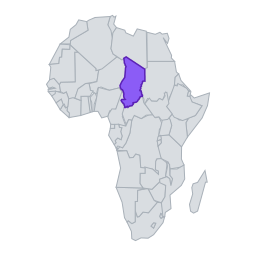 location of Chad within Africa
{"feature_id": "TCD", "entity_name": "Chad", "entity_type": "country or territory", "adm_level": 0, "iso_a3": "TCD", "parent_name": "Africa", "parent_adm1": "", "projection": "equal_earth", "projection_center": [18.978, 15.46], "detail": "fine", "context": "in_parent", "style": "filled", "palette": "violet", "viewbox_px": 256, "rotation_deg": 0, "n_neighbors": 49, "source": "natural_earth", "source_scale": "50m", "svg_char_len": 12619}
<svg xmlns="http://www.w3.org/2000/svg" viewBox="0 0 256 256"><path d="M169.0,134.8L181.6,146.8L181.4,159.1L184.0,165.0L182.0,166.9L170.2,168.9L168.3,162.1L161.2,158.6L158.6,152.8L158.0,146.2L161.4,142.6L160.6,135.4L169.0,134.8Z" fill="#d9dde1" stroke="#a8b0b8" stroke-width="1"/><path d="M70.2,44.8L69.8,49.4L62.3,49.2L61.7,57.1L59.5,57.4L58.9,63.5L49.2,64.5L60.2,43.9L70.2,44.8Z" fill="#d9dde1" stroke="#a8b0b8" stroke-width="1"/><path d="M158.0,146.2L161.2,158.6L156.4,159.2L155.4,169.7L158.4,171.0L158.5,174.4L152.6,169.1L140.7,167.5L139.7,155.3L135.8,154.1L133.2,157.5L129.5,157.8L126.7,150.7L116.8,150.4L120.2,146.3L122.5,147.8L125.9,143.1L129.9,133.1L132.0,118.1L134.3,115.4L141.3,118.6L149.1,114.7L153.2,114.7L155.8,117.8L158.9,116.8L162.4,124.5L159.3,129.8L158.0,146.2Z" fill="#d9dde1" stroke="#a8b0b8" stroke-width="1"/><path d="M187.4,137.1L185.9,122.7L188.7,118.0L195.4,115.5L202.0,105.8L192.1,102.0L189.3,97.6L190.6,94.7L194.2,98.0L209.5,92.9L207.5,105.6L202.1,118.0L187.4,137.1Z" fill="#d9dde1" stroke="#a8b0b8" stroke-width="1"/><path d="M181.6,146.8L169.0,134.8L171.7,125.5L169.2,117.9L172.2,113.9L179.1,120.0L188.0,119.0L185.9,122.7L187.4,137.1L181.6,146.8Z" fill="#d9dde1" stroke="#a8b0b8" stroke-width="1"/><path d="M146.5,105.1L144.6,103.7L143.8,102.8L144.0,99.1L140.1,91.1L142.6,81.2L144.7,81.5L144.5,67.6L147.1,67.6L147.1,61.4L174.6,61.4L176.4,72.0L178.7,73.9L175.2,77.2L174.1,88.0L169.5,97.4L168.9,103.6L165.8,92.2L162.6,100.0L159.4,98.5L156.9,101.3L151.6,101.1L147.6,98.5L144.8,103.8L146.5,105.1Z" fill="#d9dde1" stroke="#a8b0b8" stroke-width="1"/><path d="M127.1,222.2L128.2,220.7L131.9,223.6L135.2,221.8L135.2,210.6L137.4,216.9L139.1,216.6L143.0,212.1L148.4,212.8L157.3,202.3L161.4,202.8L162.9,209.3L162.5,213.9L160.7,213.5L159.8,216.6L161.1,218.3L164.7,216.6L163.0,222.7L153.6,234.7L148.1,238.2L141.0,237.9L135.5,240.6L131.8,238.7L131.4,231.4L127.1,222.2ZM155.7,223.3L153.6,223.0L151.1,226.1L153.6,228.1L155.7,223.3Z" fill="#d9dde1" stroke="#a8b0b8" stroke-width="1"/><path d="M155.7,223.3L153.6,228.1L151.1,226.1L153.6,223.0L155.7,223.3Z" fill="#d9dde1" stroke="#a8b0b8" stroke-width="1"/><path d="M161.4,202.8L154.1,200.4L147.9,188.6L152.0,189.3L159.8,181.6L165.7,185.4L165.0,196.7L161.4,202.8Z" fill="#d9dde1" stroke="#a8b0b8" stroke-width="1"/><path d="M157.3,202.3L148.4,212.8L143.0,212.1L139.1,216.6L137.4,216.9L135.2,210.6L135.2,201.5L137.5,201.4L137.6,190.3L147.9,188.6L154.1,200.4L157.3,202.3Z" fill="#d9dde1" stroke="#a8b0b8" stroke-width="1"/><path d="M135.2,201.5L135.2,221.8L131.9,223.6L128.2,220.7L127.1,222.2L124.5,217.7L122.1,202.3L116.1,187.3L147.4,188.1L137.6,190.3L137.5,201.4L135.2,201.5Z" fill="#d9dde1" stroke="#a8b0b8" stroke-width="1"/><path d="M48.4,87.9L46.5,84.3L50.4,78.8L54.0,78.3L59.4,84.6L60.6,91.6L48.3,91.7L48.1,89.3L55.2,88.2L48.4,87.9Z" fill="#d9dde1" stroke="#a8b0b8" stroke-width="1"/><path d="M60.6,91.6L59.4,84.6L60.7,82.2L75.2,81.8L74.7,52.2L78.2,52.2L96.1,68.6L96.1,70.6L98.7,70.3L96.9,81.6L85.7,83.5L78.6,88.3L74.9,98.2L68.7,98.7L66.3,92.0L63.7,93.5L60.6,91.6Z" fill="#d9dde1" stroke="#a8b0b8" stroke-width="1"/><path d="M49.2,64.5L58.9,63.5L59.5,57.4L61.7,57.1L62.3,49.2L69.8,49.4L70.2,44.8L78.2,52.2L74.7,52.2L75.2,81.8L60.7,82.2L59.4,84.6L54.0,78.3L49.5,79.8L50.8,67.3L49.2,64.5Z" fill="#d9dde1" stroke="#a8b0b8" stroke-width="1"/><path d="M94.1,111.4L92.1,111.8L91.7,102.2L89.7,97.9L94.7,92.2L96.9,97.0L94.2,104.2L94.1,111.4Z" fill="#d9dde1" stroke="#a8b0b8" stroke-width="1"/><path d="M123.5,58.7L125.9,66.4L124.3,78.2L120.2,85.4L122.7,88.7L121.7,91.4L119.1,87.9L109.4,90.3L101.0,87.0L97.8,88.1L96.5,94.1L90.4,90.3L89.1,83.6L96.9,81.6L98.7,70.3L117.0,56.8L121.9,59.8L123.5,58.7Z" fill="#d9dde1" stroke="#a8b0b8" stroke-width="1"/><path d="M94.1,111.4L98.5,87.4L109.4,90.3L119.1,87.9L122.6,92.7L115.8,109.1L109.7,110.8L107.9,116.2L101.7,117.9L98.0,111.4L94.1,111.4Z" fill="#d9dde1" stroke="#a8b0b8" stroke-width="1"/><path d="M122.4,90.2L124.7,99.4L121.1,100.8L124.6,106.8L122.3,116.4L125.8,126.1L110.7,124.3L107.9,117.1L108.6,114.0L111.9,108.9L115.8,109.1L122.4,90.2Z" fill="#d9dde1" stroke="#a8b0b8" stroke-width="1"/><path d="M90.0,96.2L92.1,111.8L90.1,112.5L87.7,97.1L90.0,96.2Z" fill="#d9dde1" stroke="#a8b0b8" stroke-width="1"/><path d="M87.9,96.1L90.1,112.5L80.7,115.5L80.9,96.3L87.9,96.1Z" fill="#d9dde1" stroke="#a8b0b8" stroke-width="1"/><path d="M68.7,98.7L73.0,97.7L81.0,100.5L80.7,115.5L69.0,117.6L69.4,113.2L67.0,110.8L68.7,98.7Z" fill="#d9dde1" stroke="#a8b0b8" stroke-width="1"/><path d="M55.4,91.1L63.7,93.5L66.3,92.0L68.7,98.7L67.8,106.8L65.6,108.0L64.4,104.1L62.6,104.7L61.3,99.2L56.1,102.9L51.8,96.0L55.4,91.1Z" fill="#d9dde1" stroke="#a8b0b8" stroke-width="1"/><path d="M48.3,91.7L55.4,91.1L55.2,93.6L51.8,96.0L48.3,91.7Z" fill="#d9dde1" stroke="#a8b0b8" stroke-width="1"/><path d="M67.5,106.8L67.0,110.8L69.4,113.2L69.0,117.6L60.2,109.7L63.2,104.5L65.6,108.0L67.5,106.8Z" fill="#d9dde1" stroke="#a8b0b8" stroke-width="1"/><path d="M56.1,102.9L61.3,99.2L63.2,104.5L60.2,109.7L56.1,102.9Z" fill="#d9dde1" stroke="#a8b0b8" stroke-width="1"/><path d="M74.9,98.2L77.9,89.0L85.7,83.5L89.1,83.6L90.4,90.3L93.2,91.0L90.0,96.2L80.9,96.3L81.0,100.5L74.9,98.2Z" fill="#d9dde1" stroke="#a8b0b8" stroke-width="1"/><path d="M153.2,114.7L146.1,115.2L141.3,118.6L134.3,115.4L131.8,120.3L128.7,119.6L126.0,124.3L122.2,114.0L124.2,107.7L130.7,106.2L142.3,95.7L143.8,102.8L153.2,114.7Z" fill="#d9dde1" stroke="#a8b0b8" stroke-width="1"/><path d="M131.8,120.3L129.9,133.1L125.9,143.1L122.5,147.8L117.8,146.0L116.1,148.0L114.2,144.6L116.0,142.8L115.1,140.6L117.7,138.0L121.1,139.7L122.1,136.0L120.7,131.6L121.8,127.8L119.4,127.4L118.9,124.3L125.8,126.1L128.7,119.6L131.8,120.3Z" fill="#d9dde1" stroke="#a8b0b8" stroke-width="1"/><path d="M114.6,124.4L118.6,124.2L119.4,127.4L121.8,127.8L120.7,131.6L122.1,136.0L121.1,139.7L117.7,138.0L115.1,140.6L116.0,142.8L114.2,144.6L108.6,135.3L110.3,128.4L114.6,128.3L114.6,124.4Z" fill="#d9dde1" stroke="#a8b0b8" stroke-width="1"/><path d="M110.7,124.3L114.6,124.4L114.6,128.3L110.3,128.4L110.7,124.3Z" fill="#d9dde1" stroke="#a8b0b8" stroke-width="1"/><path d="M161.2,158.6L167.1,162.9L165.6,175.9L166.8,176.7L159.6,179.3L159.8,181.6L152.0,189.3L143.0,188.0L139.9,183.4L140.1,173.3L145.0,173.3L144.8,167.0L152.6,169.1L158.5,174.4L158.4,171.0L155.4,169.7L155.7,161.3L157.1,158.9L161.2,158.6Z" fill="#d9dde1" stroke="#a8b0b8" stroke-width="1"/><path d="M166.0,161.5L169.6,164.5L170.0,175.4L172.6,178.7L170.9,185.7L169.7,178.7L165.6,175.9L167.7,165.7L166.0,161.5Z" fill="#d9dde1" stroke="#a8b0b8" stroke-width="1"/><path d="M170.2,168.9L177.1,169.0L184.0,165.0L184.7,179.0L181.3,185.4L170.0,195.1L171.0,208.6L165.3,212.4L164.7,216.6L162.9,216.6L161.4,202.8L165.0,196.7L165.7,185.4L159.9,182.8L159.6,179.3L166.8,176.7L169.7,178.7L170.9,185.7L172.6,178.7L170.0,175.4L170.2,168.9Z" fill="#d9dde1" stroke="#a8b0b8" stroke-width="1"/><path d="M162.9,216.6L161.1,218.3L159.8,216.6L160.7,213.5L162.9,216.6Z" fill="#d9dde1" stroke="#a8b0b8" stroke-width="1"/><path d="M116.1,148.0L117.9,147.8L116.8,150.4L116.1,148.0ZM117.1,151.4L126.7,150.7L129.5,157.8L133.2,157.5L135.8,154.1L139.7,155.3L140.7,167.5L145.1,168.0L145.0,173.3L140.1,173.3L139.9,183.4L143.0,188.0L116.1,187.3L120.6,168.1L117.1,151.4Z" fill="#d9dde1" stroke="#a8b0b8" stroke-width="1"/><path d="M160.7,139.5L161.4,142.6L158.0,146.2L157.2,140.9L160.7,139.5Z" fill="#d9dde1" stroke="#a8b0b8" stroke-width="1"/><path d="M205.0,170.5L207.2,182.2L205.5,182.2L197.6,211.1L193.6,213.1L190.6,211.2L189.5,204.4L192.7,194.0L191.8,187.6L193.1,183.8L197.6,182.4L205.0,170.5Z" fill="#d9dde1" stroke="#a8b0b8" stroke-width="1"/><path d="M48.1,89.3L52.4,87.0L55.2,88.2L48.1,89.3Z" fill="#d9dde1" stroke="#a8b0b8" stroke-width="1"/><path d="M111.8,36.0L107.8,24.8L110.2,16.5L112.6,15.4L114.0,17.2L115.9,16.1L113.7,24.1L116.5,27.6L111.8,36.0Z" fill="#d9dde1" stroke="#a8b0b8" stroke-width="1"/><path d="M70.2,44.8L70.6,40.4L88.0,30.2L86.7,21.6L89.0,20.1L95.0,17.5L110.2,16.5L107.8,24.8L111.0,30.6L112.4,38.6L111.0,48.7L113.1,54.0L117.0,56.8L102.0,68.9L96.1,70.6L96.1,68.6L70.2,44.8Z" fill="#d9dde1" stroke="#a8b0b8" stroke-width="1"/><path d="M174.4,85.2L175.2,77.2L178.7,73.9L181.0,80.5L190.3,90.7L188.6,91.2L182.9,84.9L174.4,85.2Z" fill="#d9dde1" stroke="#a8b0b8" stroke-width="1"/><path d="M60.2,43.9L68.9,37.1L70.3,29.3L76.0,24.7L78.7,19.9L86.7,21.6L88.0,30.2L70.6,40.4L70.3,43.9L60.2,43.9Z" fill="#d9dde1" stroke="#a8b0b8" stroke-width="1"/><path d="M174.6,61.4L147.1,61.4L146.9,32.2L155.3,34.3L159.9,32.3L162.1,34.1L167.3,33.3L169.0,38.4L167.5,43.5L163.1,37.6L171.6,55.4L171.3,57.9L174.6,61.4Z" fill="#d9dde1" stroke="#a8b0b8" stroke-width="1"/><path d="M146.3,31.2L147.1,67.6L144.4,68.9L125.9,57.0L121.9,59.8L113.1,54.0L111.0,48.7L112.9,32.8L116.5,27.6L124.8,30.2L125.8,32.8L133.3,36.1L137.2,28.9L146.3,31.2Z" fill="#d9dde1" stroke="#a8b0b8" stroke-width="1"/><path d="M202.0,105.8L195.4,115.5L182.5,120.6L174.3,117.3L166.5,106.5L174.4,85.2L177.2,85.9L177.8,83.5L186.7,88.3L188.6,91.2L187.3,96.0L189.8,96.4L192.1,102.0L202.0,105.8Z" fill="#d9dde1" stroke="#a8b0b8" stroke-width="1"/><path d="M188.6,91.2L190.9,91.7L189.8,96.4L187.3,96.0L188.6,91.2Z" fill="#d9dde1" stroke="#a8b0b8" stroke-width="1"/><path d="M169.0,134.8L158.6,136.0L162.5,119.4L169.2,117.9L170.3,120.2L171.7,125.5L169.0,134.8Z" fill="#d9dde1" stroke="#a8b0b8" stroke-width="1"/><path d="M160.6,135.4L161.4,139.1L157.2,140.9L157.9,136.9L160.6,135.4Z" fill="#d9dde1" stroke="#a8b0b8" stroke-width="1"/><path d="M161.6,120.3L158.9,116.8L154.7,117.4L144.8,103.8L149.3,98.1L151.6,101.1L156.9,101.3L159.4,98.5L162.6,100.0L165.1,95.9L164.2,93.1L166.9,92.4L168.9,103.6L166.5,106.5L172.2,113.9L167.7,119.4L161.6,120.3Z" fill="#d9dde1" stroke="#a8b0b8" stroke-width="1"/><path d="M144.8,69.2L144.8,70.6L144.8,72.0L144.8,73.4L144.8,74.8L144.9,76.2L144.9,77.6L144.9,79.0L144.9,80.5L144.9,80.9L144.9,81.1L144.3,81.0L144.0,81.0L143.7,81.1L143.2,81.2L142.8,81.2L142.6,81.4L142.4,81.7L142.5,82.4L142.5,82.6L142.4,82.9L142.3,83.1L142.1,83.3L141.9,83.7L141.8,83.9L141.8,84.1L141.8,84.3L141.7,84.4L141.5,84.5L141.3,84.6L141.2,84.7L141.1,84.8L141.2,85.0L141.3,85.5L141.4,85.8L141.5,85.9L141.5,86.1L141.2,86.4L141.0,86.5L140.9,86.6L140.7,86.9L140.6,87.1L140.5,87.4L140.6,87.8L140.7,88.1L140.8,88.3L140.8,88.5L140.7,88.9L140.6,89.1L140.2,89.4L140.0,89.8L139.9,90.2L139.8,90.4L139.9,90.6L140.0,90.7L140.1,90.8L140.3,90.8L140.6,90.8L140.8,90.7L141.1,90.9L141.3,91.2L141.2,91.5L141.3,92.0L141.4,92.6L141.4,92.8L141.6,92.9L141.7,93.0L141.6,94.0L141.7,94.3L141.8,94.5L142.1,94.8L142.3,94.9L142.5,95.1L142.5,95.3L142.5,95.6L142.4,96.1L142.3,96.4L142.2,96.4L141.8,96.3L141.5,96.2L141.2,96.3L140.8,96.5L140.7,96.7L140.4,96.7L140.3,96.9L140.2,97.0L139.7,97.3L139.6,97.5L139.6,97.9L139.6,98.2L139.5,98.5L139.4,98.6L139.2,98.7L139.1,98.8L138.9,99.4L138.8,99.5L138.5,99.5L137.9,100.3L137.9,100.6L137.7,100.9L137.4,101.3L137.1,101.5L136.9,101.7L136.3,102.2L135.7,102.2L135.4,102.4L135.1,102.4L134.7,102.5L134.1,102.6L133.5,102.6L133.3,102.6L133.0,102.8L132.9,103.0L133.3,103.5L133.3,103.9L133.2,103.9L133.2,104.1L132.9,104.5L132.5,105.0L132.3,105.2L132.3,105.3L132.2,105.6L131.8,105.7L131.3,105.8L130.6,105.9L130.2,105.9L129.9,105.9L129.5,106.1L129.4,106.2L128.9,106.4L128.6,106.8L128.1,107.0L127.9,107.3L127.6,106.9L127.4,106.7L127.3,106.4L127.2,106.3L126.9,106.6L126.9,106.8L126.4,107.0L126.0,107.2L125.9,107.4L125.6,107.5L125.2,107.5L125.0,107.4L124.7,107.4L124.8,107.1L124.9,106.9L124.9,106.7L124.7,106.4L124.4,105.6L124.2,104.8L123.9,104.0L123.5,103.5L123.2,103.3L123.2,103.2L122.9,103.0L122.5,102.5L122.0,101.9L121.9,101.7L121.6,101.3L121.4,100.9L121.2,100.7L121.1,100.4L121.3,100.1L121.5,99.7L121.8,99.5L122.1,99.4L122.6,99.5L123.2,99.6L123.8,99.5L123.9,99.4L124.1,99.4L124.4,99.5L124.9,99.5L125.2,99.4L124.9,99.1L124.5,98.7L124.3,98.2L124.1,97.8L123.9,97.3L123.8,96.7L123.7,95.8L123.7,95.3L123.7,95.0L123.9,94.4L123.8,94.1L123.8,93.9L123.8,93.5L123.8,93.3L123.6,92.6L123.3,92.1L123.3,91.4L123.1,90.9L122.7,90.6L122.6,90.4L122.5,89.8L122.4,89.7L121.8,89.5L121.4,89.5L121.1,89.0L120.7,88.2L120.3,87.5L120.1,86.2L120.0,85.4L120.1,85.1L120.5,84.6L120.9,83.5L121.7,81.9L122.2,81.0L123.1,79.8L124.2,78.2L124.8,77.3L124.9,75.8L125.1,74.1L125.2,72.8L125.3,71.3L125.4,70.1L125.4,69.2L125.5,67.9L125.6,67.7L126.0,66.7L126.0,66.4L125.4,65.5L125.2,65.3L125.1,64.9L125.2,64.6L124.5,63.2L124.3,63.0L124.3,62.9L124.3,62.6L124.3,61.6L124.1,60.1L123.8,58.3L124.7,57.8L125.3,57.4L126.2,56.9L126.9,57.4L128.0,58.1L129.1,58.9L130.2,59.6L131.4,60.3L132.5,61.1L133.6,61.8L134.7,62.5L135.8,63.3L136.9,64.0L138.0,64.7L139.2,65.5L140.3,66.2L141.4,67.0L142.5,67.7L143.7,68.5L144.8,69.2Z" fill="#8b5cf6" stroke="#5b21b6" stroke-width="1.5"/></svg>